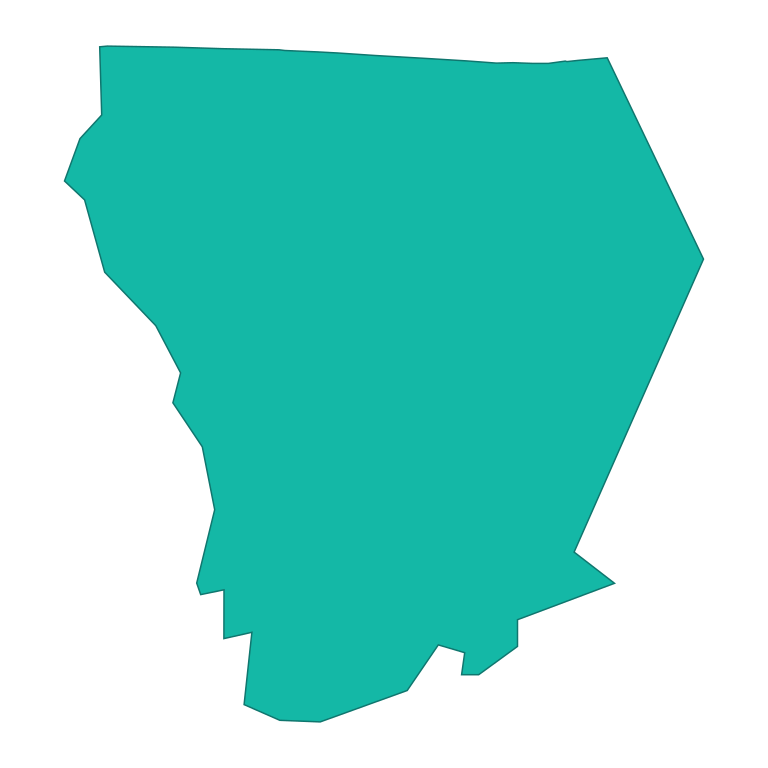 outline of Aweil East, Northern Bahr el Ghazal, South Sudan
{"feature_id": "79223893B40976740779216", "entity_name": "Aweil East", "entity_type": "district", "adm_level": 2, "iso_a3": "SSD", "parent_name": "South Sudan", "parent_adm1": "Northern Bahr el Ghazal", "projection": "albers", "projection_center": [27.574, 9.179], "detail": "fine", "context": "isolated", "style": "filled", "palette": "teal", "viewbox_px": 768, "rotation_deg": 0, "n_neighbors": 0, "source": "geoboundaries", "source_scale": "gbopen_adm2", "svg_char_len": 721}
<svg xmlns="http://www.w3.org/2000/svg" viewBox="0 0 768 768"><path d="M614.5,583.3L574.1,552.1L632.2,420.5L703.5,259.1L607.2,57.8L578.1,60.4L566.9,61.6L565.3,61.1L548.5,63.4L532.2,63.4L513.0,62.7L496.4,63.1L466.6,60.9L425.5,58.4L375.2,55.5L338.0,53.0L317.4,51.9L284.8,50.5L279.1,49.8L222.8,48.7L175.0,47.2L107.3,46.1L99.7,46.8L101.7,115.0L80.0,138.6L64.5,181.0L84.6,199.9L104.7,272.2L155.8,325.7L180.6,372.9L172.9,402.8L202.3,446.8L214.7,509.7L196.7,583.1L200.7,594.6L224.0,589.8L223.9,638.6L251.9,632.3L244.3,702.6L244.1,704.6L256.8,710.2L279.8,720.3L320.2,721.9L407.2,690.5L438.3,644.9L464.7,652.7L461.6,674.7L478.7,674.7L517.5,646.4L517.5,619.7L614.5,583.3Z" fill="#14b8a6" stroke="#0f766e" stroke-width="1.5"/></svg>